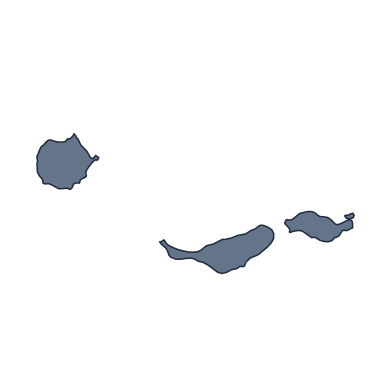 the Autonomous Community of Las Palmas, rotated 46°
{"feature_id": "ESP-5829", "entity_name": "Las Palmas", "entity_type": "Autonomous Community", "adm_level": 1, "iso_a3": "ESP", "parent_name": "Spain", "parent_adm1": "", "projection": "albers", "projection_center": [-14.437, 28.512], "detail": "fine", "context": "isolated", "style": "filled", "palette": "slate", "viewbox_px": 384, "rotation_deg": 46, "n_neighbors": 0, "source": "natural_earth", "source_scale": "10m", "svg_char_len": 2740}
<svg xmlns="http://www.w3.org/2000/svg" viewBox="0 0 384 384"><g transform="rotate(46 192 192)"><path d="M266.6,163.3L270.9,161.5L275.0,160.9L278.9,162.2L282.3,165.9L283.6,170.2L284.0,176.1L283.2,187.2L282.4,189.9L280.4,194.8L280.0,196.6L279.9,201.0L280.0,202.4L280.4,203.2L281.5,205.0L281.6,206.0L281.1,207.2L279.0,209.1L278.6,209.9L278.5,211.1L278.3,212.4L278.0,213.5L276.0,216.3L275.1,218.5L273.9,222.9L271.3,227.2L267.5,229.3L255.4,231.3L250.2,233.0L246.3,235.6L241.8,236.8L239.4,238.2L235.7,242.3L232.7,246.6L229.2,250.2L224.4,252.5L221.5,252.5L217.0,250.4L214.6,249.8L207.0,250.3L205.6,249.8L206.1,249.4L206.5,247.8L206.9,246.3L206.8,245.7L207.6,245.5L211.5,246.2L213.8,246.0L218.0,244.6L224.7,241.6L232.8,236.2L236.2,232.9L238.0,230.6L239.3,228.5L240.0,226.0L240.6,219.5L241.6,217.2L244.1,213.2L246.9,204.0L247.5,202.5L249.0,201.4L252.4,195.7L255.0,189.3L259.4,182.6L260.7,176.2L262.4,172.2L262.9,167.5L263.5,165.8L264.7,164.5L266.6,163.3ZM104.1,254.7L105.0,255.5L106.9,256.6L107.3,257.4L107.0,259.5L106.1,261.8L105.8,264.2L107.2,266.3L107.2,267.2L106.0,267.8L105.1,268.9L104.0,271.7L105.0,273.5L105.7,275.9L105.5,277.9L103.6,278.7L102.1,279.7L98.4,284.3L96.8,285.7L88.7,288.2L87.4,288.9L86.8,289.0L83.7,292.4L82.4,293.0L81.2,292.4L80.1,291.4L79.0,290.9L74.0,290.5L71.8,289.9L70.0,289.1L63.8,283.7L62.9,282.4L62.5,281.5L60.1,280.1L59.0,279.2L58.6,278.5L55.3,271.0L54.6,268.3L55.3,265.8L54.8,264.3L54.7,262.3L54.8,260.2L55.3,258.7L56.4,257.5L60.9,255.1L63.0,253.6L65.9,250.9L67.8,247.7L67.3,244.5L68.6,243.4L69.1,241.0L68.9,238.4L68.2,236.5L69.5,236.5L70.7,236.5L71.8,236.9L72.9,237.5L74.5,237.1L80.7,239.3L89.4,239.3L96.5,241.1L99.2,240.3L98.9,235.9L102.2,235.3L102.7,235.5L103.3,237.2L103.3,238.2L102.3,238.6L101.5,240.2L101.5,243.7L102.2,248.9L102.5,249.8L102.7,251.3L103.2,253.1L104.1,254.7ZM321.9,97.4L323.9,97.0L326.1,98.3L329.4,101.4L328.3,104.0L327.8,106.2L327.0,107.9L324.8,109.4L324.4,111.4L324.8,113.2L325.4,115.1L325.6,117.4L325.4,118.3L324.5,120.1L324.1,121.1L324.0,122.1L324.2,124.4L324.1,125.5L322.3,128.7L319.1,131.6L315.4,133.6L310.0,135.0L308.9,136.3L308.1,137.5L306.7,138.0L304.9,138.2L302.3,138.8L300.5,139.0L296.5,139.9L293.5,142.3L291.1,145.7L289.1,149.7L288.4,149.7L287.2,147.9L284.8,147.2L279.4,147.2L278.5,146.5L277.8,144.9L277.5,143.4L277.9,142.7L279.1,142.2L280.1,141.2L281.3,139.1L281.7,137.0L282.1,130.5L282.5,128.8L286.3,122.6L288.2,120.4L289.8,119.2L291.7,118.3L293.9,117.8L296.4,117.6L298.5,117.0L302.3,113.7L304.6,112.2L306.7,111.5L308.5,111.3L314.3,111.2L315.9,110.7L317.1,109.1L318.5,105.9L319.7,101.6L320.5,99.4L321.9,97.4ZM321.5,91.6L322.5,94.0L320.9,97.1L318.1,99.2L315.3,98.8L315.3,97.9L317.1,96.0L317.9,93.1L319.0,91.0L321.5,91.6Z" fill="#64748b" stroke="#1e293b" stroke-width="1.5"/></g></svg>